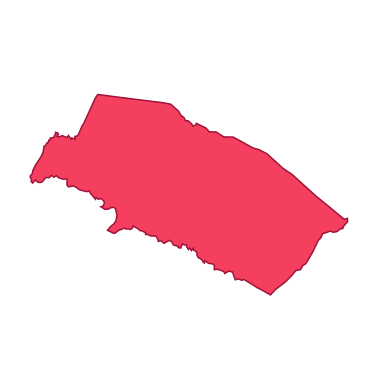 Lares, Puerto Rico, rotated 115°
{"feature_id": "32010507B37684321987765", "entity_name": "Lares", "entity_type": "district", "adm_level": 2, "iso_a3": "PRI", "parent_name": "Puerto Rico", "parent_adm1": "", "projection": "orthographic", "projection_center": [-66.852, 18.269], "detail": "fine", "context": "isolated", "style": "filled", "palette": "rose", "viewbox_px": 384, "rotation_deg": 115, "n_neighbors": 0, "source": "geoboundaries", "source_scale": "gbopen_adm2", "svg_char_len": 2493}
<svg xmlns="http://www.w3.org/2000/svg" viewBox="0 0 384 384"><g transform="rotate(115 192 192)"><path d="M249.3,107.9L251.2,92.1L251.2,89.7L252.1,77.4L245.5,75.3L233.5,69.1L224.6,66.0L219.4,64.7L216.4,60.8L211.6,60.5L209.4,58.8L207.1,58.3L195.1,57.2L182.5,57.1L179.5,55.9L174.5,56.0L174.3,55.8L172.1,53.2L169.0,50.2L168.9,47.2L166.7,43.9L162.6,41.9L161.4,39.9L159.3,40.2L153.1,38.5L150.2,40.0L151.0,40.7L151.5,41.3L152.3,42.8L145.7,68.2L143.3,77.9L133.7,109.0L133.4,110.6L133.0,113.7L132.0,119.9L125.7,140.1L125.3,149.2L125.7,151.6L126.3,154.9L125.2,171.5L124.8,178.0L128.6,186.3L127.4,195.5L130.2,201.9L128.2,206.0L127.9,217.0L129.4,217.0L129.7,217.0L132.0,219.1L130.4,221.1L129.1,225.7L130.0,228.1L128.0,230.7L127.1,234.6L124.5,238.1L123.3,242.1L121.4,248.2L123.2,255.5L133.3,286.7L143.4,318.5L145.3,319.0L148.2,319.3L176.2,319.1L177.8,319.6L183.5,319.4L188.1,319.2L190.4,320.4L191.1,321.7L193.7,320.3L193.8,323.7L195.3,323.9L193.0,327.9L195.5,328.3L195.7,333.4L198.1,335.5L198.7,338.0L196.2,337.3L195.2,338.6L195.6,340.9L196.7,340.3L201.1,340.5L203.1,343.3L204.4,342.4L205.6,343.7L208.0,343.3L208.9,344.3L211.8,344.3L213.0,345.5L218.6,343.8L223.5,343.7L233.7,345.2L240.0,345.3L242.4,344.5L246.2,345.4L247.6,344.1L248.3,342.7L250.3,342.4L251.3,340.2L247.4,339.0L248.3,335.9L247.6,333.5L245.9,331.9L240.8,330.7L239.2,327.2L236.4,326.5L237.0,323.5L234.5,321.8L235.4,319.4L234.9,314.3L232.9,310.8L238.3,308.4L239.6,306.2L236.5,301.8L237.0,296.8L237.6,295.1L236.3,287.9L234.5,285.3L235.9,284.0L239.4,276.4L237.6,276.5L238.1,273.8L236.3,271.2L237.6,267.9L239.3,266.6L242.7,266.9L243.9,268.4L244.5,263.5L242.8,260.5L240.4,258.8L238.8,256.0L239.6,254.3L244.9,250.1L250.0,248.8L253.8,249.3L257.9,251.3L261.9,252.2L262.4,252.4L262.6,246.0L262.0,244.5L257.9,242.3L253.2,237.8L253.5,236.1L252.2,234.2L252.2,232.2L249.9,230.7L247.7,231.0L248.1,225.5L249.0,223.0L248.4,221.0L248.5,217.0L250.1,216.2L249.2,214.4L249.3,210.9L247.2,206.1L249.7,202.6L251.1,201.7L249.3,199.4L250.4,195.6L245.4,192.2L245.8,189.2L247.9,186.4L247.1,181.4L248.2,181.0L247.6,178.5L242.9,178.7L243.2,176.6L242.4,174.5L243.8,173.8L245.7,170.9L243.8,170.3L245.3,167.7L241.8,167.2L243.9,166.6L244.0,163.8L245.5,161.5L247.3,160.7L249.1,158.1L248.7,156.8L249.7,153.6L250.9,152.1L251.2,150.8L248.7,151.1L249.7,146.8L248.5,143.4L249.0,140.7L253.0,139.0L251.2,136.0L250.6,129.8L252.0,127.8L248.2,125.3L247.7,122.5L247.4,121.5L253.3,115.7L251.0,112.9L251.0,109.6L249.3,107.9Z" fill="#f43f5e" stroke="#9f1239" stroke-width="1.5"/></g></svg>